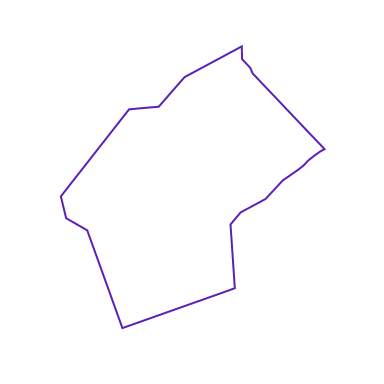 outline of São Francisco do Piauí, Piauí, Brazil, rotated 56°
{"feature_id": "56859067B40076274013085", "entity_name": "São Francisco do Piauí", "entity_type": "district", "adm_level": 2, "iso_a3": "BRA", "parent_name": "Brazil", "parent_adm1": "Piauí", "projection": "orthographic", "projection_center": [-42.497, -7.192], "detail": "fine", "context": "isolated", "style": "outline", "palette": "violet", "viewbox_px": 384, "rotation_deg": 56, "n_neighbors": 0, "source": "geoboundaries", "source_scale": "gbopen_adm2", "svg_char_len": 585}
<svg xmlns="http://www.w3.org/2000/svg" viewBox="0 0 384 384"><g transform="rotate(56 192 192)"><path d="M295.7,210.3L240.4,178.2L236.1,163.0L238.9,134.9L233.2,110.5L232.9,91.1L232.5,85.7L232.0,82.9L230.9,78.0L230.5,73.0L230.3,70.7L230.2,66.8L230.1,63.1L230.6,58.2L227.7,58.6L206.6,62.2L149.8,71.7L146.9,72.2L127.7,75.4L121.6,74.3L109.9,76.2L99.1,69.3L97.7,83.4L92.6,133.8L94.8,142.4L102.7,171.9L93.4,188.6L88.3,198.0L122.3,303.2L135.3,308.0L143.3,311.0L145.0,310.2L165.2,300.3L228.1,316.2L265.9,325.8L294.1,216.7L295.7,210.3Z" fill="none" stroke="#5b21b6" stroke-width="2"/></g></svg>